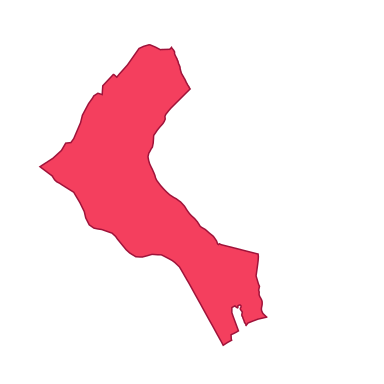 outline of Barito Selatan, Kalimantan Tengah, Indonesia, rotated 309°
{"feature_id": "22746128B74191069780867", "entity_name": "Barito Selatan", "entity_type": "district", "adm_level": 2, "iso_a3": "IDN", "parent_name": "Indonesia", "parent_adm1": "Kalimantan Tengah", "projection": "albers", "projection_center": [115.007, -1.964], "detail": "fine", "context": "isolated", "style": "filled", "palette": "rose", "viewbox_px": 384, "rotation_deg": 309, "n_neighbors": 0, "source": "geoboundaries", "source_scale": "gbopen_adm2", "svg_char_len": 5317}
<svg xmlns="http://www.w3.org/2000/svg" viewBox="0 0 384 384"><g transform="rotate(309 192 192)"><path d="M156.0,307.6L156.6,307.1L157.0,306.6L157.4,306.0L157.6,305.6L157.8,305.5L161.2,303.8L162.0,302.1L162.9,300.7L167.1,294.6L174.9,289.9L177.2,288.5L180.4,286.5L183.5,284.3L185.4,282.4L184.9,281.4L169.7,248.4L169.5,247.9L169.3,247.4L169.0,245.9L167.8,245.6L167.8,244.5L169.4,241.9L170.1,239.6L170.7,237.6L171.0,236.3L171.0,231.1L171.2,227.4L171.2,225.6L170.7,222.6L170.5,221.4L170.6,219.4L171.2,218.0L171.7,216.4L172.2,215.0L172.4,213.9L173.0,210.7L173.2,206.5L173.6,203.7L174.4,200.6L175.1,198.3L175.8,196.5L176.3,194.8L176.7,192.2L177.1,189.3L177.0,187.9L176.8,183.8L176.3,181.5L175.8,176.7L175.8,176.0L175.9,174.3L176.0,172.4L176.4,168.9L176.7,166.9L177.3,163.3L177.9,160.9L178.8,157.3L180.1,154.6L181.5,152.8L182.9,150.3L183.8,148.5L184.7,146.8L185.7,144.5L187.2,141.4L189.2,138.5L191.7,135.6L195.0,134.0L197.1,133.7L200.0,133.1L201.9,133.0L203.8,132.0L205.7,131.0L207.4,129.8L209.4,128.4L210.7,127.4L212.0,126.6L215.1,126.4L218.1,126.1L222.7,126.1L226.0,126.3L227.2,126.3L229.4,126.0L231.8,125.3L233.7,123.4L235.7,122.8L240.3,122.7L243.7,122.8L246.6,123.1L251.3,123.6L270.9,125.7L271.0,125.3L271.2,124.8L271.3,124.3L271.5,124.0L271.5,123.8L271.7,123.7L271.8,123.5L271.9,123.3L272.0,122.8L272.2,122.2L272.3,121.8L272.4,121.4L272.5,121.0L272.6,120.9L272.8,120.5L273.0,120.1L273.2,119.8L273.2,119.6L273.3,119.3L273.4,118.9L273.6,118.5L273.8,118.1L274.0,117.8L274.0,117.6L274.2,117.4L274.3,117.3L274.3,117.1L274.4,116.9L274.5,116.7L274.7,116.4L274.8,116.2L274.9,115.9L275.1,115.6L275.2,115.3L275.3,115.0L275.3,114.9L275.4,114.7L275.6,114.2L275.8,113.5L275.9,113.3L276.1,113.0L276.3,112.6L276.4,112.4L276.4,112.1L276.5,111.9L276.5,111.5L276.6,111.3L276.8,111.0L276.9,110.8L277.0,110.7L277.2,110.2L277.2,109.9L277.3,109.7L277.5,109.3L277.5,109.2L277.8,108.8L277.9,108.6L278.0,108.4L278.2,108.2L278.3,108.0L278.4,107.8L278.6,107.7L278.7,107.4L278.9,107.2L279.0,107.0L279.3,106.6L279.5,106.4L279.6,106.2L279.8,106.0L279.9,105.9L280.0,105.6L280.2,105.3L280.4,105.2L280.5,105.1L280.6,104.9L280.8,104.7L281.1,104.5L281.2,104.4L281.4,104.2L281.5,104.0L281.7,103.7L281.9,103.6L282.0,103.3L282.0,103.2L282.2,102.9L282.5,102.5L282.6,102.3L282.7,102.1L282.8,101.9L282.8,101.7L282.9,101.4L283.1,101.1L283.2,100.9L283.4,100.7L283.5,100.5L283.6,100.4L283.8,100.2L284.1,99.6L284.4,99.4L284.6,99.1L284.7,98.9L284.8,98.8L284.9,98.7L285.0,98.5L285.1,98.1L285.2,97.9L285.2,97.7L285.3,97.6L285.4,97.4L285.6,97.2L285.8,96.9L286.0,96.7L286.1,96.4L286.1,96.2L286.3,96.0L286.3,95.9L287.5,93.2L288.4,91.5L289.9,90.3L290.1,89.8L290.4,89.1L290.6,88.6L290.9,87.0L291.2,85.6L291.5,85.1L288.9,84.9L283.4,78.5L282.7,77.9L281.6,72.4L280.0,66.9L279.3,65.9L274.7,62.7L270.2,60.5L250.1,61.9L237.8,61.3L233.9,61.3L234.0,59.8L234.1,57.4L233.8,56.9L218.4,55.8L214.4,58.6L211.2,60.9L209.5,56.7L204.9,55.2L202.5,55.6L195.7,56.0L182.7,58.5L180.6,59.5L175.7,61.8L169.7,63.5L159.1,66.5L154.2,66.8L150.5,63.1L142.1,64.4L130.7,62.7L116.0,57.9L116.0,59.8L116.1,62.2L116.5,73.4L116.4,73.4L115.0,77.6L114.8,80.4L115.5,83.8L115.8,87.1L117.4,100.3L117.2,100.8L116.2,103.4L114.6,107.8L113.1,111.8L109.7,119.1L109.0,120.6L105.0,125.7L101.8,132.8L102.2,138.5L104.0,142.0L106.0,145.4L106.2,145.9L106.4,146.4L107.4,149.3L109.3,154.6L109.7,155.6L109.4,160.6L108.5,163.7L105.7,177.1L105.6,178.8L105.4,181.9L105.8,185.3L106.1,187.2L106.3,189.0L106.8,189.7L109.0,192.8L110.2,194.3L112.9,196.3L114.4,197.4L116.6,198.9L118.4,200.2L119.4,201.6L121.6,204.8L123.9,207.7L124.0,208.2L124.5,210.4L125.3,214.3L125.8,216.9L126.3,219.7L126.4,222.6L126.4,223.3L125.9,229.4L123.5,235.8L121.8,240.1L121.3,241.5L120.7,242.9L120.2,244.4L118.9,247.8L113.8,260.3L113.5,261.1L111.4,266.3L110.3,269.1L107.2,276.6L102.9,287.2L100.9,292.3L97.3,301.0L96.2,303.8L95.4,305.7L94.2,308.8L92.5,312.7L93.1,312.9L97.4,314.3L101.8,316.1L102.3,315.2L105.6,312.2L106.4,312.5L108.1,313.4L111.1,314.7L112.5,315.2L113.3,315.5L113.5,315.2L121.1,302.4L122.5,300.2L123.3,298.9L127.3,295.7L130.5,297.0L130.3,297.5L130.3,297.9L130.4,298.3L130.5,299.9L130.6,300.3L130.9,300.4L131.2,300.3L131.5,300.1L131.8,299.8L132.2,299.4L132.4,299.3L132.7,299.3L132.9,299.4L134.0,300.0L134.4,300.3L134.5,300.7L134.5,301.1L134.4,301.6L134.2,301.9L133.8,302.2L133.4,302.5L133.0,302.6L132.4,302.7L132.0,302.8L131.6,303.0L131.4,303.2L131.3,303.5L131.1,304.0L130.9,304.6L130.7,305.3L130.7,305.5L130.6,306.1L130.2,306.7L129.9,306.9L129.0,307.4L128.5,307.6L127.8,308.1L127.4,308.5L127.1,308.9L127.0,309.1L127.0,309.3L127.0,309.5L126.9,309.7L126.7,310.2L126.5,310.4L126.2,310.7L126.0,311.0L125.8,311.4L125.5,312.0L125.1,312.7L124.8,313.3L124.5,313.8L124.0,314.3L123.6,315.2L123.5,315.5L123.4,315.9L123.3,316.4L123.2,316.8L123.0,317.2L122.8,317.5L122.5,317.8L122.3,317.9L122.3,318.0L125.4,318.0L125.5,318.0L129.4,320.2L129.8,320.4L130.8,321.0L134.9,323.4L135.0,323.5L139.3,326.9L139.6,327.1L141.7,328.8L141.8,328.8L141.8,328.2L141.9,327.2L142.0,325.9L142.1,324.8L142.2,323.9L142.3,323.4L142.5,322.9L142.8,322.3L143.2,321.5L143.6,320.8L143.9,320.4L144.3,320.0L144.8,319.5L145.3,319.2L145.9,318.8L146.9,318.3L148.2,317.6L149.0,317.1L149.9,316.4L150.9,315.5L151.3,315.0L151.9,314.1L152.1,313.6L152.7,312.3L153.5,310.2L154.1,309.3L154.4,308.8L155.0,308.3L155.8,307.7L156.0,307.6Z" fill="#f43f5e" stroke="#9f1239" stroke-width="1.5"/></g></svg>